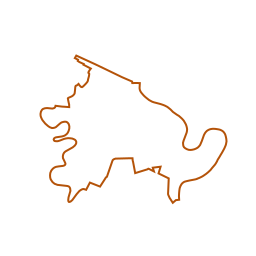 outline of Kien An, Hải Phòng, Vietnam, rotated 71°
{"feature_id": "81297802B17638458778811", "entity_name": "Kien An", "entity_type": "district", "adm_level": 2, "iso_a3": "VNM", "parent_name": "Vietnam", "parent_adm1": "Hải Phòng", "projection": "robinson", "projection_center": [106.638, 20.806], "detail": "fine", "context": "isolated", "style": "outline", "palette": "amber", "viewbox_px": 256, "rotation_deg": 71, "n_neighbors": 0, "source": "geoboundaries", "source_scale": "gbopen_adm2", "svg_char_len": 3823}
<svg xmlns="http://www.w3.org/2000/svg" viewBox="0 0 256 256"><g transform="rotate(71 128 128)"><path d="M89.4,102.2L88.5,104.5L86.9,109.3L85.4,109.0L78.0,117.1L64.0,131.2L57.6,137.7L57.0,138.3L42.7,153.3L44.6,155.5L47.2,153.0L48.2,153.7L49.8,152.5L53.1,149.0L53.7,149.5L59.7,143.8L60.7,145.3L62.0,146.9L62.9,147.5L63.8,147.0L64.4,147.1L66.2,148.0L69.0,149.9L70.3,150.6L71.2,151.5L72.3,153.3L73.4,155.5L73.5,155.7L74.1,157.0L74.4,158.1L74.0,158.9L72.1,159.9L70.2,160.4L71.0,162.3L71.1,163.7L71.9,164.4L72.3,164.6L73.7,165.2L75.0,165.8L76.5,166.5L77.9,167.2L78.4,167.7L78.7,168.2L78.9,168.5L79.4,169.5L79.7,170.5L79.9,172.0L80.0,173.5L80.1,174.7L80.4,175.2L82.1,175.5L84.5,175.8L86.6,176.0L89.1,176.8L87.2,181.2L86.3,183.4L83.4,189.3L84.6,190.1L84.9,190.7L85.1,191.4L85.1,192.1L85.0,193.2L82.8,198.0L82.3,200.1L82.3,200.9L82.3,201.8L82.4,202.5L82.8,203.4L84.2,205.0L85.1,205.5L85.9,206.0L87.0,206.4L88.3,206.7L89.6,206.7L91.1,206.6L92.8,206.3L96.9,204.8L99.9,203.1L100.9,202.4L101.9,201.6L102.7,200.6L103.3,199.9L103.5,199.1L103.7,198.3L103.8,197.0L103.7,196.0L103.5,195.4L102.1,192.0L101.3,189.9L101.1,188.8L101.2,187.1L101.4,185.9L101.9,184.6L102.6,183.8L103.4,183.3L104.8,182.8L106.3,182.8L107.6,183.0L109.4,183.7L111.2,184.9L112.4,186.0L113.4,187.2L114.0,188.5L114.5,190.1L114.6,191.4L114.5,193.1L113.4,199.0L113.4,200.0L113.6,200.9L114.0,201.5L114.6,202.0L115.6,202.0L116.3,201.7L117.1,200.3L117.6,198.7L117.7,196.8L117.5,192.1L117.7,190.0L118.1,187.9L118.9,186.0L119.8,184.2L120.9,182.9L122.0,181.9L123.0,181.5L124.1,181.4L125.3,181.8L126.2,182.5L127.3,184.0L128.3,186.6L129.8,194.8L130.5,196.4L131.8,197.8L133.5,198.8L135.3,199.3L138.8,198.9L141.1,198.7L142.0,199.1L142.5,199.8L142.7,200.9L142.6,202.1L141.7,206.2L141.3,208.7L141.4,210.4L142.0,212.3L143.3,214.4L145.2,216.1L147.3,217.1L149.5,217.7L151.4,217.8L154.5,217.0L156.8,215.6L158.8,213.2L162.7,205.0L163.3,203.9L164.0,203.0L164.4,202.8L164.8,202.6L165.7,202.4L166.4,202.4L168.7,202.9L174.2,206.8L176.7,208.0L178.0,208.2L178.6,208.0L178.9,207.3L178.8,206.1L178.0,204.1L173.9,198.2L171.7,194.4L171.2,192.5L171.0,191.0L171.3,189.7L172.8,187.7L167.2,181.8L174.3,173.5L168.4,166.0L167.6,165.1L167.4,164.4L167.3,163.9L167.0,163.6L165.7,162.6L154.2,153.6L153.4,152.9L153.0,151.9L152.9,151.1L152.9,150.4L152.9,149.7L153.9,146.6L157.2,136.1L158.1,133.6L160.5,134.2L161.4,134.2L169.0,135.3L173.0,135.9L173.4,123.0L173.1,122.1L173.2,121.8L177.5,117.6L173.6,117.5L175.2,109.8L180.9,113.9L186.2,108.6L188.9,105.9L196.3,108.8L203.4,111.6L204.1,111.7L207.6,111.4L213.3,110.0L211.8,106.2L212.5,103.0L209.0,102.0L206.0,100.8L203.8,99.8L201.7,98.7L200.2,97.5L198.7,95.9L197.9,94.6L197.4,93.2L197.2,92.0L197.3,90.2L197.7,86.6L198.3,82.5L198.5,81.0L198.6,79.5L198.5,79.4L198.4,76.7L198.1,74.2L197.8,72.6L197.3,70.8L196.8,69.0L195.9,66.6L194.6,63.7L193.3,61.7L190.9,57.6L189.9,56.3L188.5,54.7L187.3,53.6L186.3,52.4L185.7,51.6L183.3,48.8L181.9,47.1L180.1,45.1L178.7,43.6L177.4,42.4L176.3,41.4L175.9,41.1L175.2,40.6L172.7,39.2L170.3,38.6L168.0,38.3L166.2,38.2L164.9,38.3L163.5,38.7L162.7,39.0L161.5,39.7L160.4,40.7L159.5,41.7L158.7,43.0L157.9,44.5L157.2,45.9L156.4,47.9L156.0,49.8L155.9,51.2L156.0,52.6L156.4,54.3L157.1,55.7L158.0,57.0L159.4,58.5L164.3,62.4L167.5,65.3L168.4,66.7L169.1,68.1L169.4,69.2L169.6,70.5L169.7,72.1L169.6,73.4L169.4,74.9L169.0,76.3L168.4,77.7L167.3,79.1L165.9,80.4L164.4,81.3L162.9,81.5L161.4,81.2L159.9,80.8L158.0,79.5L154.4,76.5L151.5,74.1L150.2,73.3L148.4,72.5L146.6,72.2L145.2,72.1L144.8,72.1L143.5,72.1L141.7,72.4L139.2,72.9L137.0,73.8L135.5,74.6L133.2,75.9L131.3,77.5L127.4,80.3L124.4,81.7L122.3,83.0L120.9,83.9L118.8,85.9L117.6,87.3L115.9,89.5L112.1,95.2L111.0,96.6L108.5,98.9L106.5,100.2L104.4,101.5L102.5,102.5L100.3,103.4L98.7,104.0L98.2,104.1L97.3,104.3L95.9,104.4L94.1,104.1L89.4,102.2Z" fill="none" stroke="#b45309" stroke-width="2"/></g></svg>